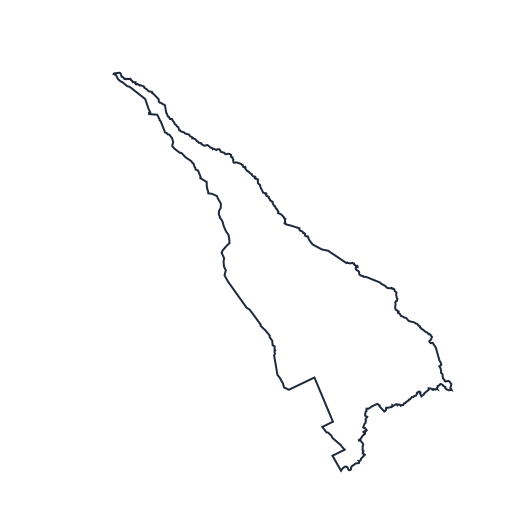 Ancasti, Catamarca, Argentina, rotated 138°
{"feature_id": "61730980B28877560844945", "entity_name": "Ancasti", "entity_type": "district", "adm_level": 2, "iso_a3": "ARG", "parent_name": "Argentina", "parent_adm1": "Catamarca", "projection": "albers", "projection_center": [-65.553, -29.088], "detail": "fine", "context": "isolated", "style": "outline", "palette": "slate", "viewbox_px": 512, "rotation_deg": 138, "n_neighbors": 0, "source": "geoboundaries", "source_scale": "gbopen_adm2", "svg_char_len": 5983}
<svg xmlns="http://www.w3.org/2000/svg" viewBox="0 0 512 512"><g transform="rotate(138 256 256)"><path d="M336.5,39.5L333.8,40.2L330.9,40.0L329.7,38.8L329.4,37.7L330.1,36.4L330.2,34.9L330.0,34.3L329.0,33.8L328.0,34.0L326.6,35.4L325.3,35.6L320.7,35.1L318.1,33.3L316.9,34.1L316.8,35.0L315.8,34.3L314.6,34.3L313.5,35.1L310.2,35.3L309.1,35.7L308.6,35.3L308.1,35.5L308.8,37.7L308.0,38.1L307.9,38.8L306.6,39.2L306.6,40.5L304.4,42.9L302.2,44.4L301.8,49.2L303.0,49.8L302.8,50.4L300.6,50.1L297.0,51.1L294.0,50.9L293.3,51.6L294.1,52.9L293.9,53.4L293.0,53.4L291.2,52.3L290.3,52.4L290.2,55.3L291.1,56.3L290.8,57.1L287.5,58.7L286.2,58.7L285.6,59.5L284.6,59.8L283.9,61.4L281.0,62.0L281.7,64.1L281.3,64.9L279.1,66.7L277.6,66.8L276.9,68.0L275.9,68.6L275.0,67.5L274.0,67.1L270.1,66.6L264.8,64.9L264.1,62.2L264.8,61.7L264.7,54.6L262.5,54.5L261.3,55.9L260.6,56.1L259.4,54.8L257.6,53.9L257.1,53.9L257.0,54.4L257.0,53.5L256.3,52.9L254.7,53.9L254.8,53.1L254.3,52.7L251.6,52.3L250.5,51.7L250.8,50.4L249.8,50.3L248.6,49.5L248.7,47.8L247.4,47.7L246.3,46.7L244.7,47.5L243.4,46.7L242.1,47.1L239.6,46.5L238.5,47.0L237.4,46.4L234.7,46.8L234.1,46.7L233.6,46.0L232.0,46.0L230.3,45.2L228.6,45.9L228.1,46.6L226.0,46.4L225.1,45.7L225.1,44.6L226.3,44.2L226.2,43.3L227.0,41.0L223.7,40.8L223.0,41.3L220.8,41.3L217.2,41.0L216.3,42.2L214.9,40.7L214.2,39.2L214.4,38.6L213.8,37.9L213.1,38.3L211.8,36.5L210.6,36.5L210.4,35.9L210.2,36.8L208.9,36.9L208.0,37.8L206.4,37.2L205.4,37.5L204.2,37.2L203.5,34.9L203.8,34.1L203.0,31.8L203.7,31.4L203.6,29.3L202.5,27.1L200.7,26.1L200.3,25.4L200.0,26.3L200.5,27.0L199.8,27.9L196.6,30.0L196.2,33.0L196.7,34.5L199.2,36.0L199.5,36.7L198.9,37.7L198.9,40.1L196.6,43.2L196.6,45.4L195.1,47.0L194.0,49.1L193.6,51.3L191.2,51.1L190.8,51.7L189.9,53.6L189.8,55.2L183.7,67.5L182.8,73.3L184.5,74.3L184.6,75.9L184.1,76.8L182.1,76.7L179.3,78.2L179.3,80.3L179.0,80.7L179.5,82.3L180.0,82.5L180.0,84.6L181.0,87.0L181.1,89.5L181.8,90.7L181.6,92.5L181.9,93.1L181.3,93.8L181.5,95.3L181.9,95.6L181.6,97.4L181.9,98.3L182.5,99.0L182.7,100.5L186.0,105.5L185.9,109.6L187.1,111.2L187.3,112.4L188.4,114.5L187.8,116.5L188.5,118.7L187.9,119.2L187.3,119.1L187.1,119.6L187.6,120.2L187.7,122.1L188.1,122.6L187.1,124.7L184.8,126.5L183.5,128.4L182.0,128.8L181.2,128.4L179.4,129.8L179.5,130.4L178.1,133.0L176.0,135.0L176.4,137.0L175.5,138.8L175.9,140.1L176.7,140.4L176.6,141.6L177.8,142.1L179.8,144.3L180.1,147.8L181.4,151.1L181.6,153.4L188.2,166.8L190.0,168.6L189.9,169.6L190.8,170.4L191.6,173.0L190.1,175.2L190.0,176.1L190.7,178.5L190.3,180.1L188.8,181.1L188.0,179.8L187.4,180.4L187.3,180.9L188.2,181.6L188.8,184.1L188.2,184.7L188.9,185.8L188.8,186.2L190.9,187.5L192.4,189.3L192.5,190.0L193.5,190.2L198.9,211.6L202.7,216.9L206.0,226.1L206.2,227.3L205.7,232.8L204.3,235.9L205.5,237.0L205.9,238.0L205.4,239.0L204.8,239.4L204.8,240.7L205.5,241.2L205.1,243.0L206.3,245.6L206.1,246.6L205.2,247.5L209.6,255.1L212.1,258.7L213.0,261.1L212.3,261.6L211.8,261.3L210.4,263.5L209.3,264.0L209.8,265.6L209.3,266.4L209.5,270.2L210.9,273.1L209.6,274.2L209.1,277.5L209.4,278.1L208.5,280.2L209.0,281.2L208.1,284.5L207.4,285.1L208.3,287.9L207.7,288.7L207.8,289.8L207.4,291.3L207.0,291.5L208.0,293.8L207.5,294.9L206.7,295.1L206.6,295.8L207.1,296.6L207.6,296.7L208.3,298.5L207.2,301.8L207.0,303.3L205.5,306.2L205.9,308.7L204.3,310.8L203.4,311.3L203.7,312.9L204.7,313.7L204.8,314.6L203.6,315.1L203.5,315.5L204.4,316.4L204.8,317.5L204.8,319.3L204.4,319.6L205.0,321.5L205.1,324.0L205.7,324.9L205.4,328.4L204.7,328.7L204.4,329.5L205.5,330.1L205.9,331.0L205.0,332.7L205.5,333.4L205.4,334.3L207.9,338.7L210.0,340.0L210.0,340.7L209.0,342.4L208.4,342.6L207.9,344.9L207.5,345.1L208.1,346.7L206.9,347.7L207.2,349.1L208.3,350.7L210.6,352.0L210.5,353.9L212.3,356.7L211.8,359.9L213.5,361.3L214.5,361.2L215.8,364.2L216.7,364.4L216.4,365.4L217.4,367.3L217.2,367.8L217.9,371.1L220.6,372.4L221.7,375.6L221.2,376.1L221.8,377.4L222.8,378.5L222.6,379.9L223.1,381.0L222.9,383.2L223.8,385.2L224.5,385.9L223.8,386.2L224.9,389.5L224.5,391.0L226.7,394.4L226.7,395.9L227.9,397.7L228.6,399.6L228.3,400.4L228.8,400.9L227.6,403.6L228.0,405.5L227.7,407.0L228.1,408.3L227.4,410.2L227.3,412.6L226.8,414.0L228.3,415.4L227.6,417.7L228.0,418.1L227.9,419.3L226.9,421.6L227.0,422.3L222.9,428.8L222.9,429.8L223.6,431.0L224.2,433.5L224.8,434.3L224.9,435.7L223.5,437.6L223.7,445.3L224.2,446.3L223.5,447.1L223.5,447.7L225.0,449.4L225.6,450.8L225.6,452.6L226.4,455.8L225.9,456.5L226.0,457.2L228.0,460.9L228.4,460.8L228.9,463.1L229.8,463.3L230.4,463.9L230.3,464.6L230.0,464.5L229.2,465.8L230.1,466.3L230.7,467.6L231.3,467.8L230.8,469.0L231.2,470.6L230.7,471.3L230.8,471.9L232.2,472.6L232.7,473.5L233.2,473.6L234.1,474.7L234.4,474.5L235.4,475.8L235.1,477.0L235.4,478.6L235.9,479.1L234.4,482.5L234.7,483.4L239.2,486.6L240.0,486.5L239.0,484.2L240.2,479.6L239.8,476.4L239.0,474.8L238.1,468.6L236.6,465.9L233.3,446.7L237.7,436.5L238.4,433.5L238.8,433.0L239.8,433.9L240.5,433.0L234.9,427.1L236.3,421.8L236.8,421.4L236.7,419.9L240.9,408.6L240.0,406.8L240.2,405.6L239.2,404.2L239.5,399.9L241.3,396.0L244.0,394.4L244.8,393.5L244.6,392.2L244.9,391.1L243.7,384.3L242.4,382.0L242.3,376.6L240.6,369.7L241.0,367.5L240.6,366.5L242.0,363.6L242.0,362.4L243.0,360.7L241.9,358.2L244.4,351.5L245.3,351.2L243.1,344.0L246.2,340.5L246.3,339.7L247.2,338.9L248.2,336.4L249.5,334.5L247.0,331.5L244.9,326.8L246.0,323.6L247.0,318.5L250.1,315.3L253.2,314.3L255.8,311.8L256.7,309.0L257.2,308.5L257.4,305.6L258.3,303.0L260.0,299.8L261.9,294.0L262.3,290.1L264.0,287.3L267.0,283.3L271.2,283.2L276.9,282.5L279.3,281.5L281.3,275.5L283.6,273.8L286.8,269.7L288.0,265.6L292.3,262.7L293.9,255.9L297.6,223.9L296.6,220.4L298.4,201.9L299.3,201.1L298.8,194.4L299.1,187.5L300.2,186.5L300.6,182.2L303.4,178.5L302.6,176.5L304.6,174.3L304.8,173.0L305.9,173.0L307.5,170.5L309.0,170.1L319.6,153.3L319.8,149.9L321.2,143.3L323.1,139.6L321.1,134.6L293.9,126.6L309.7,81.4L321.1,84.6L321.6,77.7L320.6,76.6L320.2,72.2L320.9,69.6L319.5,58.4L319.8,57.0L319.7,52.7L332.8,56.4L336.5,39.5Z" fill="none" stroke="#1e293b" stroke-width="2"/></g></svg>